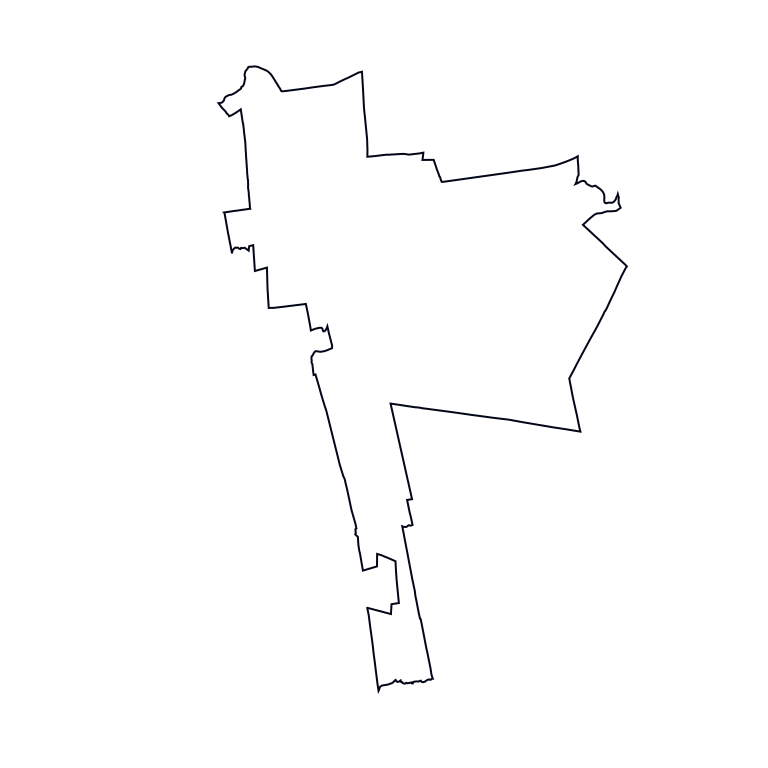 Salcioara, Dâmbovita, Romania (Robinson projection), rotated 281°
{"feature_id": "2599482B29130096234680", "entity_name": "Salcioara", "entity_type": "district", "adm_level": 2, "iso_a3": "ROU", "parent_name": "Romania", "parent_adm1": "Dâmbovita", "projection": "robinson", "projection_center": [25.568, 44.74], "detail": "fine", "context": "isolated", "style": "outline", "palette": "ink", "viewbox_px": 768, "rotation_deg": 281, "n_neighbors": 0, "source": "geoboundaries", "source_scale": "gbopen_adm2", "svg_char_len": 6075}
<svg xmlns="http://www.w3.org/2000/svg" viewBox="0 0 768 768"><g transform="rotate(281 384 384)"><path d="M615.0,577.3L613.6,577.2L611.7,576.5L610.3,576.4L609.1,576.1L607.2,575.2L605.9,574.0L605.3,572.9L605.1,571.8L605.1,570.7L604.7,569.4L604.3,568.5L603.8,567.8L603.9,566.6L604.3,565.9L605.2,565.5L606.4,565.1L608.0,564.9L610.4,564.5L612.5,563.6L613.9,562.6L615.1,561.3L616.4,559.4L618.1,555.6L619.0,553.9L618.9,553.2L618.0,551.7L617.6,550.6L617.7,549.5L618.4,547.0L619.0,545.1L620.0,543.8L620.9,543.2L621.3,542.3L621.5,541.5L621.3,540.3L620.4,538.5L617.9,535.5L616.8,533.8L617.7,534.1L619.7,534.4L620.5,534.5L622.0,534.4L623.9,534.5L624.5,534.6L626.1,535.1L626.6,535.1L635.5,533.0L635.8,532.9L639.6,531.8L643.2,530.9L643.6,531.0L644.5,530.8L641.8,527.5L640.0,524.9L636.9,520.1L633.8,514.9L631.3,510.5L626.3,498.1L621.7,484.9L619.9,479.2L615.3,466.2L597.0,413.0L594.1,404.6L593.4,402.2L593.5,402.0L596.3,400.2L597.4,399.9L597.9,399.4L598.3,398.7L598.8,398.6L600.3,397.7L602.5,396.4L604.4,395.1L605.1,394.7L606.3,394.1L613.5,390.0L611.3,379.0L614.8,378.8L618.6,378.5L617.5,375.7L617.3,375.4L613.9,364.7L613.7,359.7L613.3,358.0L613.1,357.0L609.7,343.8L609.8,343.6L609.0,340.8L606.1,331.9L603.9,324.3L611.1,323.0L614.4,322.2L620.3,320.9L622.8,320.2L640.6,314.9L648.7,312.4L651.9,311.5L670.0,307.0L686.3,302.8L684.9,299.7L684.4,299.0L678.1,290.8L675.6,287.2L672.1,282.5L669.0,278.6L668.4,277.6L667.9,276.7L665.1,267.9L661.7,257.7L658.4,248.4L658.2,247.6L657.5,245.6L653.8,234.4L652.2,229.5L651.9,228.2L651.8,227.7L652.1,227.1L652.5,226.8L653.8,225.9L656.3,223.4L656.8,223.0L657.4,222.6L658.1,221.8L660.5,219.6L664.0,216.3L664.9,215.6L665.1,215.3L665.3,214.9L666.5,213.8L668.6,210.5L668.9,209.8L669.2,208.8L670.0,205.4L670.3,203.7L670.7,201.9L671.2,200.2L671.3,199.6L671.1,199.3L671.1,198.8L671.2,198.2L671.2,197.1L669.5,190.8L669.3,190.4L669.1,190.3L668.3,190.2L667.7,189.9L664.5,188.3L663.9,188.2L662.6,188.2L661.6,188.1L661.0,188.1L660.4,188.3L659.9,188.4L658.4,189.2L657.7,189.4L657.1,189.5L655.8,189.3L653.7,189.4L652.0,189.3L650.1,188.9L649.1,188.3L648.7,187.7L648.4,187.3L648.2,187.3L647.2,187.3L646.7,187.2L646.2,186.9L644.2,184.9L642.9,183.8L641.8,182.7L640.4,181.1L638.9,179.1L638.2,177.0L637.7,176.2L636.0,174.1L635.2,173.4L634.3,173.0L633.9,172.9L632.2,172.8L631.5,172.6L630.3,171.9L629.6,171.4L629.1,170.7L628.5,169.3L628.1,168.0L624.5,171.9L621.2,176.5L620.3,177.4L619.6,178.0L619.2,178.8L618.5,179.8L617.3,180.9L618.8,183.2L621.1,185.8L624.0,188.8L626.3,191.0L613.8,195.4L613.3,195.6L613.1,195.9L606.6,198.0L606.0,198.1L595.5,201.5L590.5,202.8L585.6,204.0L583.8,204.6L583.0,204.7L582.2,204.9L572.1,207.6L570.9,207.9L567.7,208.8L564.6,209.5L562.1,210.3L559.4,211.0L559.0,211.2L558.0,211.7L557.2,211.8L556.7,211.9L553.4,212.7L552.3,212.8L551.1,213.0L546.1,214.7L543.2,215.4L541.2,216.1L537.8,217.0L535.7,217.7L531.7,218.7L530.8,219.0L530.5,219.2L528.3,212.8L526.2,206.8L525.0,203.1L521.8,194.2L521.2,194.9L504.0,201.5L483.2,209.9L485.9,209.8L488.3,210.9L489.5,212.0L489.6,213.2L490.0,214.5L489.2,215.9L489.1,217.3L490.4,217.8L490.4,219.5L491.2,221.3L489.1,225.7L493.6,225.4L495.3,229.1L470.3,235.7L475.9,246.9L456.1,251.3L436.7,256.3L437.6,260.9L440.7,270.7L446.9,289.7L447.7,292.0L437.5,296.3L434.1,297.6L432.4,298.3L424.6,301.3L422.6,302.0L425.1,306.0L426.7,309.5L427.0,310.5L427.2,311.3L427.1,312.1L426.8,312.7L426.1,313.2L424.6,313.9L424.2,314.4L424.1,314.9L425.2,316.2L427.8,317.1L429.8,317.4L422.8,320.5L411.9,325.7L409.3,326.2L408.2,324.6L406.4,321.9L404.7,318.9L403.4,315.2L403.4,312.8L403.2,310.6L402.0,309.6L400.5,309.0L398.4,308.5L397.5,307.7L394.9,307.9L393.3,308.6L391.9,308.6L391.2,308.8L390.0,309.8L387.6,310.6L383.0,312.0L379.4,313.2L380.3,314.9L369.1,320.7L360.9,324.8L352.0,329.5L346.5,332.6L296.1,356.1L285.8,361.6L283.4,363.4L279.4,365.2L273.3,368.0L254.2,376.1L241.0,382.8L236.8,384.5L236.1,383.7L234.4,384.0L232.5,384.8L231.7,384.6L230.8,384.5L229.0,387.5L221.4,389.5L215.9,391.4L212.7,392.9L196.8,398.9L203.6,411.9L215.9,409.7L215.5,413.7L213.6,423.1L212.2,429.1L205.3,430.8L194.3,433.7L171.8,440.4L169.3,433.4L159.5,434.7L161.1,410.5L161.0,410.3L153.7,413.3L152.7,413.6L142.4,417.0L128.1,421.9L122.8,423.6L119.1,424.7L108.4,428.3L104.9,429.4L87.6,435.1L81.7,437.2L82.4,437.4L85.1,437.7L86.4,438.2L87.7,439.8L89.7,445.2L91.3,447.8L91.7,448.7L92.9,449.9L95.3,451.4L95.7,451.9L94.8,452.4L94.3,453.3L94.4,453.9L94.2,454.5L94.8,455.6L96.2,456.9L94.7,457.7L94.5,458.1L94.7,458.9L94.2,459.2L93.8,460.4L93.8,461.4L94.2,462.2L94.9,462.8L94.7,464.2L95.6,466.4L96.2,467.7L95.6,468.2L95.4,468.7L95.6,469.4L96.4,469.5L97.1,469.5L98.2,472.3L98.4,473.7L98.4,474.3L99.8,476.7L98.8,477.8L98.7,478.3L98.7,479.0L98.9,479.8L99.9,481.2L101.3,482.5L102.5,484.2L102.5,486.2L104.1,487.5L104.1,487.9L104.1,488.1L106.2,486.9L107.9,486.0L113.8,483.9L129.8,477.3L131.2,476.6L135.4,474.9L147.4,470.1L160.2,464.9L160.4,464.2L163.5,462.8L167.1,461.3L177.3,457.2L182.4,455.1L186.3,453.9L198.1,448.9L209.2,444.5L222.0,439.4L247.8,429.1L247.5,430.5L247.6,431.2L247.8,432.7L248.1,433.3L248.8,434.1L249.8,434.9L250.1,435.3L250.1,435.7L250.1,436.3L250.0,436.9L250.1,437.3L250.3,437.8L250.8,438.4L251.1,438.9L258.2,435.9L262.8,433.7L274.6,428.8L276.3,433.5L366.0,394.2L366.4,401.8L366.7,409.5L367.1,418.9L367.2,420.2L367.3,420.4L367.5,422.1L367.6,424.9L367.5,426.7L367.6,426.8L368.9,448.1L369.7,461.9L370.3,474.6L371.0,486.2L371.6,496.7L371.6,496.9L372.8,513.3L373.0,528.4L373.7,557.3L374.3,571.4L374.7,585.9L375.7,585.5L376.6,585.0L379.4,583.7L389.0,579.8L407.5,571.7L423.6,565.3L424.8,564.8L434.3,567.7L439.9,569.3L451.0,572.7L465.5,577.2L480.8,582.2L494.0,586.0L497.5,586.8L497.8,587.2L500.4,588.1L509.1,590.2L518.4,592.7L524.0,593.9L530.3,595.4L535.5,596.6L537.3,597.2L543.2,598.9L544.3,599.3L545.8,600.0L547.2,598.0L561.5,575.1L563.6,572.4L578.2,548.9L581.3,551.2L584.8,553.7L588.4,556.6L590.3,558.2L592.0,560.5L592.7,563.0L593.4,565.4L595.0,567.8L596.2,570.4L596.7,573.4L597.6,576.7L598.3,579.0L602.1,582.7L606.4,579.8L609.2,579.3L610.4,578.9L611.4,579.0L611.8,578.9L612.4,578.7L612.8,578.2L613.8,577.9L615.0,577.3Z" fill="none" stroke="#020617" stroke-width="2"/></g></svg>